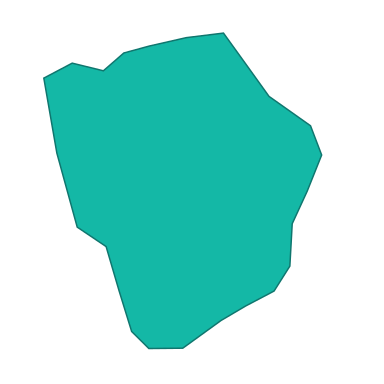 the district of Ulleung-gun, North Gyeongsang, South Korea, rotated 263°
{"feature_id": "91817680B98862203953263", "entity_name": "Ulleung-gun", "entity_type": "district", "adm_level": 2, "iso_a3": "KOR", "parent_name": "South Korea", "parent_adm1": "North Gyeongsang", "projection": "natural_earth1", "projection_center": [130.855, 37.493], "detail": "fine", "context": "isolated", "style": "filled", "palette": "teal", "viewbox_px": 384, "rotation_deg": 263, "n_neighbors": 0, "source": "geoboundaries", "source_scale": "gbopen_adm2", "svg_char_len": 460}
<svg xmlns="http://www.w3.org/2000/svg" viewBox="0 0 384 384"><g transform="rotate(263 192 192)"><path d="M171.1,73.8L148.3,100.1L102.7,107.6L60.9,115.1L41.9,130.1L38.1,163.8L60.9,205.1L72.3,231.3L83.7,261.4L106.5,280.1L148.3,287.6L178.7,306.4L212.9,325.2L243.3,317.7L277.5,280.1L311.7,261.4L345.9,242.6L345.9,205.1L342.1,167.6L338.3,141.3L323.1,118.8L334.5,88.8L323.1,58.8L247.1,62.6L171.1,73.8Z" fill="#14b8a6" stroke="#0f766e" stroke-width="1.5"/></g></svg>